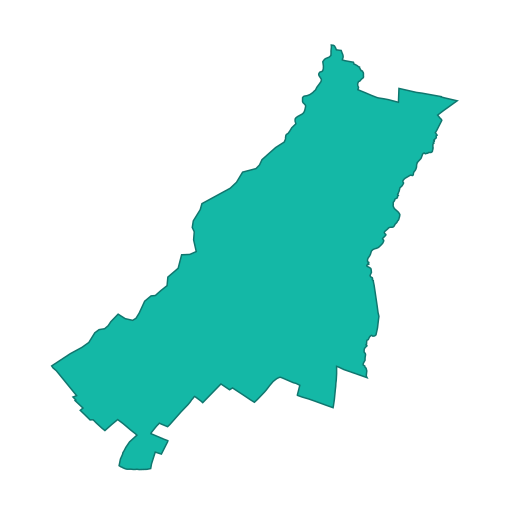 outline of Totesti, Hunedoara, Romania, rotated 176°
{"feature_id": "2599482B81892486754404", "entity_name": "Totesti", "entity_type": "district", "adm_level": 2, "iso_a3": "ROU", "parent_name": "Romania", "parent_adm1": "Hunedoara", "projection": "natural_earth1", "projection_center": [22.867, 45.565], "detail": "fine", "context": "isolated", "style": "filled", "palette": "teal", "viewbox_px": 512, "rotation_deg": 176, "n_neighbors": 0, "source": "geoboundaries", "source_scale": "gbopen_adm2", "svg_char_len": 6035}
<svg xmlns="http://www.w3.org/2000/svg" viewBox="0 0 512 512"><g transform="rotate(176 256 256)"><path d="M389.7,51.6L387.4,51.1L379.7,50.8L375.9,51.3L374.7,56.0L370.2,67.4L364.2,65.0L357.1,76.9L356.8,77.9L360.9,79.8L373.2,86.1L372.7,87.2L367.8,92.5L366.3,94.0L365.1,95.0L364.1,96.0L362.1,94.9L356.1,91.9L353.8,93.8L341.6,105.8L334.2,112.5L331.8,115.0L330.2,117.1L329.1,118.1L327.5,119.9L327.0,120.2L325.6,119.1L321.1,115.2L319.4,113.4L299.9,130.8L291.7,124.4L288.6,126.0L278.6,118.4L271.4,112.8L267.8,110.2L264.7,112.7L257.1,119.6L255.1,121.6L251.5,125.7L247.7,129.6L243.9,132.2L241.2,133.3L239.9,133.3L237.4,132.1L227.6,127.0L225.1,126.2L221.3,124.0L224.1,115.5L224.4,114.6L224.4,114.1L219.9,112.1L213.4,109.7L207.6,107.2L196.4,102.2L189.7,99.3L189.2,101.2L187.8,107.6L186.2,117.1L185.6,120.3L185.2,123.5L184.6,126.6L183.8,132.9L183.3,140.3L181.4,139.5L176.3,136.6L153.7,126.9L154.2,128.1L154.3,129.2L153.5,133.6L154.0,136.4L155.0,137.5L155.2,138.7L156.6,139.7L156.7,140.5L156.4,141.5L154.5,144.4L154.3,146.8L153.6,149.8L153.7,150.8L154.0,151.5L154.7,152.3L154.8,152.8L154.8,153.7L154.5,155.5L154.1,156.3L153.1,157.4L151.7,158.5L151.6,159.1L151.9,159.4L152.5,159.6L152.5,159.9L151.8,160.8L151.6,162.8L151.3,164.0L150.9,164.4L149.8,164.8L149.5,165.4L149.2,166.0L148.1,167.7L146.5,168.8L145.9,168.6L145.4,168.1L145.1,167.9L144.4,167.9L143.3,168.0L142.4,168.5L141.8,169.0L139.8,175.8L138.2,184.3L137.6,187.1L137.7,188.0L138.2,191.0L138.6,197.4L139.6,210.6L140.2,218.4L140.7,222.2L140.7,223.4L140.9,223.4L141.2,223.7L141.6,224.2L141.5,225.2L141.3,225.6L141.6,226.3L142.9,227.1L143.2,227.4L143.6,228.5L142.9,230.0L142.0,231.5L142.0,232.6L142.1,234.5L142.2,235.2L142.5,235.7L143.6,236.6L145.8,237.9L146.1,238.3L146.2,238.7L146.0,239.2L145.4,239.5L144.0,239.9L144.0,240.0L144.8,240.5L144.8,240.8L144.0,241.4L143.9,241.7L144.0,241.9L144.8,242.3L145.2,243.1L144.8,245.3L144.4,246.0L142.5,248.4L141.6,250.0L141.2,251.2L140.5,252.8L140.1,253.3L138.8,254.3L136.9,255.0L135.9,255.1L133.9,255.7L132.8,256.3L130.5,258.2L128.8,259.8L127.7,261.7L127.5,262.5L127.5,262.8L128.3,263.8L128.6,264.3L128.4,264.7L125.5,267.3L125.0,267.9L125.0,268.5L126.0,269.4L126.4,270.3L126.3,270.8L125.7,271.6L123.8,273.0L122.2,274.3L122.0,274.7L121.6,274.9L120.2,275.3L117.8,275.2L117.1,275.4L116.4,275.9L115.6,277.0L115.2,277.8L113.1,279.7L112.3,281.1L111.5,281.8L111.1,282.4L110.0,285.4L109.6,287.2L109.8,287.8L110.5,289.1L111.2,290.1L114.6,293.6L115.2,294.9L115.5,295.7L115.7,296.4L115.5,297.7L115.4,299.6L115.2,300.1L113.9,301.6L113.7,302.6L113.3,303.1L112.8,303.4L111.2,304.0L110.9,304.3L110.8,305.2L110.6,305.9L109.7,306.4L109.7,306.6L109.8,306.7L110.4,307.1L110.5,307.4L110.4,307.8L110.1,308.3L109.6,308.7L109.3,309.7L108.7,310.7L107.9,313.3L107.5,314.2L105.8,315.4L104.9,316.5L103.9,318.0L103.7,318.6L104.3,319.7L104.3,320.3L104.1,321.0L102.8,322.4L101.9,323.1L96.7,325.7L96.0,325.9L95.4,325.7L94.6,325.4L94.1,325.4L93.7,325.7L93.4,326.2L93.2,327.5L92.5,329.0L91.4,330.1L90.7,331.1L90.3,331.9L89.7,333.4L89.4,335.8L88.9,337.2L88.4,338.0L88.5,338.1L84.7,341.7L84.0,343.0L82.7,346.0L82.0,346.6L81.5,346.9L80.9,347.0L80.7,346.7L80.0,346.2L79.4,346.2L78.7,346.6L78.0,346.5L77.2,346.7L76.6,347.2L76.2,347.3L75.2,347.0L74.6,347.2L74.2,347.1L73.4,347.4L72.7,348.2L72.5,349.0L72.5,349.4L72.0,350.4L71.9,350.6L72.2,351.1L71.8,351.8L72.1,352.4L71.8,353.2L71.9,353.6L71.8,353.8L71.9,354.6L71.7,355.2L70.7,356.0L70.7,356.3L71.1,356.7L71.1,357.1L70.1,358.0L70.0,358.6L70.6,359.0L70.5,359.3L69.7,359.8L69.2,360.4L68.3,360.9L67.9,361.6L67.9,362.1L68.0,362.8L67.9,363.3L66.9,363.9L68.5,366.5L66.9,368.8L61.2,378.3L61.3,378.8L61.9,379.8L62.7,380.6L65.0,383.9L58.6,388.1L44.5,396.8L57.2,400.7L60.3,401.8L60.2,402.1L79.1,406.9L84.5,408.0L101.7,413.2L103.2,399.4L112.9,402.7L117.8,404.0L122.7,405.1L124.2,405.6L129.7,408.2L135.3,411.1L142.8,414.8L142.8,415.0L142.5,415.3L142.4,416.0L142.0,416.7L142.0,417.3L142.4,418.0L142.6,419.0L142.6,420.5L142.3,421.4L141.7,422.6L141.4,422.9L140.3,423.2L138.4,425.1L136.8,426.2L136.5,426.5L136.3,427.0L136.2,428.2L136.3,429.0L136.1,429.8L136.1,431.0L136.3,431.7L136.7,432.3L136.9,433.0L137.8,433.6L138.1,433.5L139.6,436.5L139.5,437.2L140.8,437.9L142.0,439.0L143.7,440.1L144.8,440.5L145.3,442.5L153.6,444.6L156.2,445.6L156.0,446.6L155.5,447.4L155.2,448.5L155.2,449.7L155.4,450.9L156.1,453.0L156.7,455.1L159.0,455.5L160.5,455.9L161.4,456.0L162.2,458.3L163.1,460.1L164.1,460.8L166.2,461.2L166.2,459.2L166.9,455.3L167.0,453.1L167.3,450.8L168.1,450.1L169.1,449.3L172.5,448.2L173.8,447.5L175.0,446.2L175.8,445.1L175.5,440.7L175.8,438.0L176.5,436.3L177.1,435.6L179.6,434.9L180.0,434.4L180.6,433.5L180.8,432.4L180.4,431.2L178.7,428.2L178.5,427.3L178.9,425.6L181.0,423.0L183.5,420.1L185.1,417.4L186.5,416.4L187.9,415.1L190.9,413.3L193.8,412.4L196.8,412.1L197.6,411.7L198.5,410.7L198.8,407.0L198.4,405.7L197.4,404.6L196.5,403.5L196.0,402.4L196.2,401.3L196.9,398.8L197.7,396.8L198.8,395.3L200.0,394.4L204.8,392.2L205.9,391.5L206.8,390.8L207.4,389.9L207.6,387.9L207.0,385.1L211.4,381.4L213.5,378.4L215.5,376.0L217.1,375.2L217.5,374.7L217.8,374.2L218.3,372.0L218.3,371.0L218.6,370.2L219.9,367.7L228.9,362.8L243.3,351.7L246.2,346.5L249.9,343.2L263.5,340.6L270.3,330.9L277.0,325.4L306.3,312.0L308.4,306.1L316.1,295.4L317.6,288.9L315.9,284.5L317.1,276.5L315.3,264.6L321.9,262.2L330.1,262.4L334.5,249.2L345.4,241.1L346.8,232.6L353.1,228.3L359.2,223.6L363.5,223.5L370.2,218.7L376.5,207.2L380.0,202.3L383.5,200.4L390.8,202.6L397.6,207.6L405.4,200.6L408.4,196.7L412.1,194.0L417.7,193.5L422.1,190.7L428.8,181.4L436.0,177.0L448.1,171.5L467.5,160.6L466.2,158.4L463.2,155.5L444.7,129.2L448.4,128.1L445.8,124.9L446.6,124.4L439.2,116.4L442.1,114.3L435.8,107.3L432.9,104.0L432.1,104.1L429.8,103.9L427.0,100.6L421.6,94.9L418.9,92.4L411.5,98.1L405.4,102.5L400.3,98.1L392.7,90.7L388.7,87.1L387.3,85.6L395.1,79.4L399.2,74.2L401.0,71.2L402.4,69.2L402.7,68.6L402.8,67.8L403.1,67.2L405.4,62.9L407.2,56.4L405.3,55.0L404.5,54.7L403.5,54.0L401.5,53.0L400.8,52.7L399.4,52.3L395.7,52.1L393.2,51.6L391.2,51.5L389.7,51.6Z" fill="#14b8a6" stroke="#0f766e" stroke-width="1.5"/></g></svg>